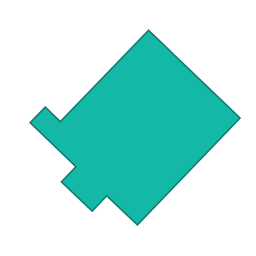 outline of Van Wert, Ohio, United States of America, rotated 134°
{"feature_id": "52423323B68690141030407", "entity_name": "Van Wert", "entity_type": "district", "adm_level": 2, "iso_a3": "USA", "parent_name": "United States of America", "parent_adm1": "Ohio", "projection": "mercator", "projection_center": [-84.608, 40.838], "detail": "fine", "context": "isolated", "style": "filled", "palette": "teal", "viewbox_px": 256, "rotation_deg": 134, "n_neighbors": 0, "source": "geoboundaries", "source_scale": "gbopen_adm2", "svg_char_len": 350}
<svg xmlns="http://www.w3.org/2000/svg" viewBox="0 0 256 256"><g transform="rotate(134 128 128)"><path d="M43.0,54.3L43.1,86.8L43.4,146.0L43.3,163.0L43.4,174.3L43.4,181.1L170.4,181.1L170.4,202.1L192.2,202.1L192.0,138.6L213.0,138.5L212.9,117.6L212.7,96.0L191.6,96.2L191.2,53.9L43.0,54.3Z" fill="#14b8a6" stroke="#0f766e" stroke-width="1.5"/></g></svg>